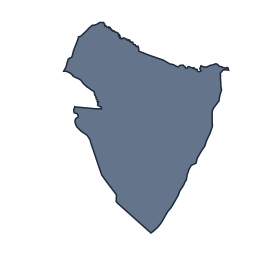 the district of Ikere, Ekiti, Nigeria, rotated 289°
{"feature_id": "59680162B84830000650933", "entity_name": "Ikere", "entity_type": "district", "adm_level": 2, "iso_a3": "NGA", "parent_name": "Nigeria", "parent_adm1": "Ekiti", "projection": "equal_earth", "projection_center": [5.272, 7.511], "detail": "fine", "context": "isolated", "style": "filled", "palette": "slate", "viewbox_px": 256, "rotation_deg": 289, "n_neighbors": 0, "source": "geoboundaries", "source_scale": "gbopen_adm2", "svg_char_len": 5441}
<svg xmlns="http://www.w3.org/2000/svg" viewBox="0 0 256 256"><g transform="rotate(289 128 128)"><path d="M215.5,204.3L215.7,204.1L215.9,203.6L216.1,203.4L216.5,203.5L217.3,203.1L217.5,202.3L217.4,201.8L216.7,201.4L216.3,201.0L216.4,200.5L216.4,199.8L216.3,199.3L216.1,198.2L216.3,197.4L216.4,196.6L216.3,195.8L216.2,194.9L216.1,194.1L216.5,193.4L217.0,192.6L217.3,191.7L217.4,191.0L217.3,190.1L216.9,189.4L216.4,189.2L216.0,188.5L215.5,187.7L214.7,186.7L214.0,185.2L212.9,184.5L212.3,183.5L211.6,183.2L211.0,181.6L210.8,181.2L210.6,180.3L210.5,179.1L210.4,178.1L210.7,176.9L210.4,176.6L209.0,176.8L207.8,176.5L207.0,177.0L206.6,177.8L206.2,178.2L205.7,178.4L204.7,177.5L204.4,176.9L204.3,176.6L204.3,175.8L204.5,175.4L204.7,174.8L205.5,174.6L205.9,174.0L205.5,173.3L205.2,172.8L205.7,172.4L205.8,171.3L206.5,170.8L206.3,170.5L205.8,170.5L205.6,170.1L205.9,169.5L205.8,168.6L205.6,167.7L205.7,167.3L205.9,166.4L205.8,165.8L205.7,165.2L205.7,164.8L205.1,164.7L204.8,164.7L204.5,164.7L204.0,164.5L203.7,164.0L203.5,163.6L203.4,163.2L203.5,162.8L203.7,162.7L204.2,162.4L204.8,160.8L205.4,159.6L205.1,158.8L204.7,157.9L204.2,156.9L203.8,156.5L203.2,156.3L202.5,155.7L201.9,155.0L202.7,150.4L202.2,146.4L203.7,139.5L203.7,128.9L203.7,124.8L204.0,117.4L204.1,114.7L204.2,113.8L204.3,113.2L207.1,111.9L207.9,111.4L208.2,111.0L208.0,110.7L207.9,110.0L207.8,109.5L208.0,109.4L208.3,109.6L208.1,108.9L208.3,108.2L208.6,108.0L209.0,107.8L208.9,107.1L209.0,106.4L208.9,106.0L209.1,105.5L209.3,105.2L209.6,105.2L209.8,105.2L210.3,105.0L210.6,104.5L210.6,104.1L210.4,103.8L210.2,103.6L210.3,103.5L210.4,103.0L210.2,102.7L210.2,102.4L210.3,102.3L210.5,102.6L210.6,102.3L210.5,101.9L210.8,101.8L210.9,101.6L211.1,101.5L211.3,101.3L211.1,101.3L210.9,101.2L210.9,100.9L211.0,100.9L211.3,101.0L211.4,100.8L211.3,100.4L211.1,100.3L211.2,100.0L211.4,100.1L211.5,99.9L211.5,99.6L211.4,99.6L211.2,99.5L211.0,99.4L210.9,99.0L210.9,98.5L211.0,98.1L211.1,97.9L211.4,97.7L211.6,97.7L211.5,97.4L211.3,97.5L211.2,97.3L211.3,97.0L211.5,96.8L211.8,95.4L211.7,94.6L211.7,94.2L211.3,94.3L210.7,93.7L210.3,92.9L210.2,92.6L210.2,92.1L210.4,92.0L210.4,91.9L210.3,91.7L210.3,91.3L210.5,91.4L210.6,91.6L210.8,91.9L211.1,91.6L211.3,91.5L211.4,91.0L211.1,90.9L211.0,90.6L211.4,90.5L211.6,90.6L211.8,90.6L212.1,90.5L211.9,90.1L211.9,89.8L212.0,89.3L212.3,89.5L212.5,89.1L212.9,89.3L213.2,89.7L213.4,89.5L213.1,88.9L213.6,88.5L213.8,88.2L214.2,88.2L214.3,87.7L214.7,87.1L214.8,86.1L214.6,85.4L214.5,85.0L214.5,84.8L214.9,84.2L214.9,83.8L215.3,83.5L215.3,83.3L215.2,82.9L215.1,82.5L214.9,82.7L214.6,82.1L214.8,81.9L215.0,81.9L215.2,81.1L215.4,81.0L215.6,80.9L215.6,80.7L215.5,80.3L215.4,79.8L215.7,79.3L215.8,79.9L216.2,79.7L216.4,79.2L216.6,78.8L217.1,78.6L217.0,78.1L217.2,77.6L217.3,77.1L216.9,77.0L216.6,76.8L216.9,76.5L216.6,76.2L216.6,75.0L217.1,74.7L217.3,74.3L217.0,74.0L217.2,73.6L217.1,73.0L217.0,72.7L217.3,72.5L217.7,72.5L218.2,72.4L218.6,72.3L218.6,71.7L218.9,71.5L219.4,71.0L219.8,70.6L218.6,67.0L216.1,64.9L214.5,63.2L213.6,60.9L212.4,60.1L209.0,58.1L208.1,58.0L206.9,57.3L203.9,55.8L203.0,55.3L200.3,54.0L198.9,52.8L198.3,51.9L197.9,51.4L197.4,51.8L190.9,51.6L183.8,51.3L177.2,51.8L176.3,51.4L175.0,50.0L174.4,49.7L173.9,49.1L169.3,49.2L165.6,49.6L161.0,48.7L160.7,48.7L160.9,49.1L161.1,49.9L161.3,50.5L161.5,51.2L161.4,52.2L161.3,53.5L161.3,54.5L161.1,55.0L161.0,55.3L160.9,56.0L160.8,56.5L160.4,57.1L160.2,57.4L160.0,58.7L159.4,58.8L159.2,59.0L158.8,61.1L158.7,61.7L158.6,62.6L158.6,63.5L158.6,64.1L158.0,67.6L155.4,71.5L153.6,75.6L152.7,79.2L152.0,81.0L151.6,83.2L151.3,83.8L150.8,84.5L149.6,85.1L148.9,85.5L148.2,86.0L148.0,86.6L147.5,87.1L147.2,87.2L146.7,87.6L146.6,88.0L146.0,88.1L145.4,88.2L145.1,88.8L144.6,89.8L144.0,90.2L143.5,90.3L143.2,90.1L142.8,90.2L142.8,90.6L143.0,91.6L142.6,91.6L141.9,91.7L141.5,91.4L141.3,91.4L140.0,91.8L139.8,91.8L139.7,92.3L139.5,92.6L139.3,93.3L139.1,94.9L139.1,95.4L139.2,95.8L138.8,96.1L138.6,96.3L138.3,96.3L138.0,96.4L137.8,96.5L137.4,96.7L137.2,96.0L136.5,93.8L136.2,92.8L135.9,92.0L135.4,90.1L134.9,88.2L134.8,87.5L134.5,86.5L134.2,85.3L133.5,82.3L133.1,81.0L132.7,79.4L132.3,77.4L131.9,75.9L131.6,74.7L131.3,73.4L130.8,71.7L130.9,70.7L129.9,70.8L129.3,70.9L128.7,70.8L128.0,70.7L127.6,70.8L127.1,70.9L126.6,71.1L126.0,71.4L125.2,71.9L124.9,72.2L124.9,72.7L124.9,73.1L124.9,73.8L125.0,74.8L124.8,75.6L124.2,76.1L124.0,76.3L123.4,76.8L123.0,77.0L122.7,77.2L122.1,77.2L120.9,76.3L120.5,76.0L120.1,75.8L119.7,75.6L119.3,75.5L118.8,75.5L118.2,75.5L117.6,75.6L117.1,75.6L116.8,75.7L116.1,76.4L115.0,76.8L114.5,77.1L113.8,77.8L112.2,79.6L111.2,81.6L109.7,84.7L109.4,85.7L107.8,91.8L104.6,95.8L103.9,96.4L102.4,97.3L101.3,98.1L100.3,98.8L98.9,100.0L97.8,100.7L96.7,101.7L93.4,104.2L88.5,108.0L79.3,115.1L75.6,118.0L75.1,118.4L74.7,118.9L72.3,122.3L70.4,124.9L61.0,138.9L54.7,140.7L53.7,142.1L36.2,183.9L38.6,185.5L43.5,188.3L48.5,190.1L52.7,191.0L57.6,191.9L61.9,192.8L66.8,194.7L71.0,195.6L76.0,196.5L80.9,197.4L85.1,197.4L92.2,199.2L95.9,199.4L97.8,200.1L99.4,199.8L102.8,199.2L108.4,199.1L113.3,200.0L116.9,203.8L122.0,203.3L127.6,204.4L128.9,204.6L135.9,206.5L138.0,206.5L140.0,206.4L141.6,206.4L145.5,206.8L150.0,207.3L157.1,207.3L162.0,205.3L167.6,203.4L169.2,202.8L171.8,202.2L174.7,202.4L181.6,204.7L183.1,205.2L188.8,204.2L194.4,204.1L197.9,202.2L203.4,200.0L204.9,199.3L207.8,198.4L209.9,197.4L214.1,199.3L214.6,200.9L215.0,202.3L215.2,203.0L215.5,204.3Z" fill="#64748b" stroke="#1e293b" stroke-width="1.5"/></g></svg>